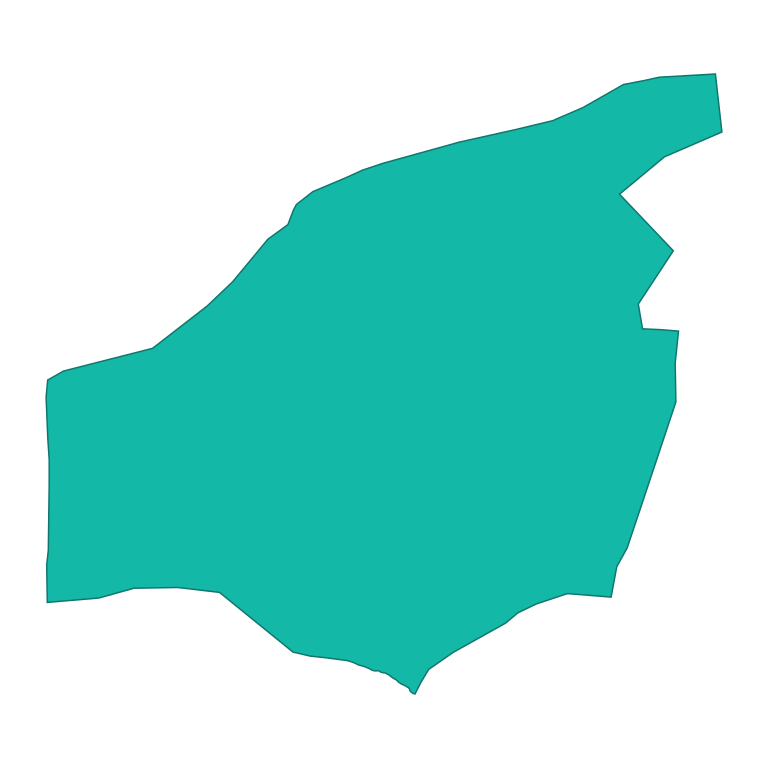 Gudu, Sokoto, Nigeria
{"feature_id": "59680162B43671986122418", "entity_name": "Gudu", "entity_type": "district", "adm_level": 2, "iso_a3": "NGA", "parent_name": "Nigeria", "parent_adm1": "Sokoto", "projection": "albers", "projection_center": [4.48, 13.464], "detail": "fine", "context": "isolated", "style": "filled", "palette": "teal", "viewbox_px": 768, "rotation_deg": 0, "n_neighbors": 0, "source": "geoboundaries", "source_scale": "gbopen_adm2", "svg_char_len": 1438}
<svg xmlns="http://www.w3.org/2000/svg" viewBox="0 0 768 768"><path d="M643.4,499.5L675.9,401.9L675.2,363.1L678.5,331.1L661.4,329.7L642.5,328.8L638.3,304.0L673.3,250.8L619.5,194.2L664.5,156.8L721.9,132.0L715.4,74.0L659.3,77.2L643.4,80.7L623.5,84.5L582.7,107.7L559.7,117.6L552.6,120.7L513.7,130.0L459.3,142.1L420.5,152.9L382.9,163.3L362.8,170.0L346.4,177.5L312.9,191.6L296.5,204.4L293.5,209.9L287.9,224.6L267.9,239.2L252.6,257.7L232.6,281.8L207.3,305.9L152.6,348.3L63.6,371.0L47.7,380.0L46.1,397.1L47.8,438.6L49.2,459.8L49.2,483.6L48.3,550.4L46.7,564.9L47.3,602.4L99.0,598.0L134.0,588.2L177.7,587.5L219.5,592.4L293.0,652.1L310.3,656.1L325.4,657.7L347.9,660.7L349.2,661.2L350.5,661.5L353.0,662.4L355.8,663.5L357.5,664.6L364.8,666.7L366.5,667.4L368.4,668.2L370.1,669.1L371.6,669.9L373.0,670.5L374.0,670.7L374.7,670.8L375.3,670.9L375.9,670.9L377.4,670.8L378.3,670.7L379.6,671.2L380.8,672.2L383.2,672.7L385.3,673.0L387.3,674.1L388.6,674.7L390.3,676.1L392.0,677.3L393.8,678.6L395.6,679.4L396.6,680.2L397.7,681.2L398.3,682.0L399.6,682.8L400.5,683.5L401.9,684.2L402.8,684.7L403.7,684.9L404.6,685.6L405.9,686.0L406.4,686.5L407.1,687.0L407.9,687.2L408.6,687.8L409.3,688.7L409.7,689.8L410.1,690.9L410.6,691.6L411.6,692.3L413.2,693.6L414.1,693.6L415.0,694.0L420.9,682.4L428.7,669.4L453.3,652.3L505.6,623.1L517.9,612.8L536.2,604.0L567.4,593.6L611.1,597.1L616.8,566.6L627.1,548.1L643.4,499.5Z" fill="#14b8a6" stroke="#0f766e" stroke-width="1.5"/></svg>